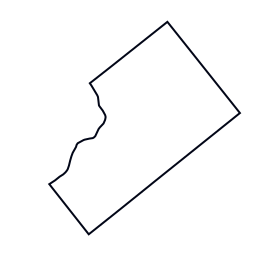 Muscatine, Iowa, United States of America, rotated 141°
{"feature_id": "52423323B78769996222948", "entity_name": "Muscatine", "entity_type": "district", "adm_level": 2, "iso_a3": "USA", "parent_name": "United States of America", "parent_adm1": "Iowa", "projection": "mercator", "projection_center": [-90.995, 41.466], "detail": "fine", "context": "isolated", "style": "outline", "palette": "ink", "viewbox_px": 256, "rotation_deg": 141, "n_neighbors": 0, "source": "geoboundaries", "source_scale": "gbopen_adm2", "svg_char_len": 697}
<svg xmlns="http://www.w3.org/2000/svg" viewBox="0 0 256 256"><g transform="rotate(141 128 128)"><path d="M30.9,147.1L30.6,185.7L103.0,186.4L129.5,186.8L129.7,184.1L131.3,172.7L131.8,171.0L136.3,163.9L136.5,162.8L136.7,157.3L137.6,152.5L138.2,151.1L138.8,150.3L140.2,149.1L141.1,148.5L144.2,146.9L149.5,146.2L151.5,145.7L158.5,142.3L160.2,142.1L161.7,142.3L164.6,144.0L169.0,146.2L170.2,146.6L176.7,147.8L178.6,147.2L180.3,146.0L186.6,143.5L189.8,141.6L193.4,139.1L197.6,135.9L200.8,133.9L202.2,133.4L204.5,132.9L207.5,132.7L211.8,133.2L217.6,133.2L224.5,133.9L224.6,128.2L225.4,70.1L186.8,69.8L151.7,69.7L140.8,69.7L31.6,69.2L30.9,147.1Z" fill="none" stroke="#020617" stroke-width="2"/></g></svg>